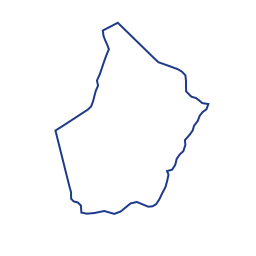 outline of Amparo, Paraíba, Brazil, rotated 200°
{"feature_id": "56859067B25087670535038", "entity_name": "Amparo", "entity_type": "district", "adm_level": 2, "iso_a3": "BRA", "parent_name": "Brazil", "parent_adm1": "Paraíba", "projection": "equal_earth", "projection_center": [-37.05, -7.562], "detail": "fine", "context": "isolated", "style": "outline", "palette": "blue", "viewbox_px": 256, "rotation_deg": 200, "n_neighbors": 0, "source": "geoboundaries", "source_scale": "gbopen_adm2", "svg_char_len": 960}
<svg xmlns="http://www.w3.org/2000/svg" viewBox="0 0 256 256"><g transform="rotate(200 128 128)"><path d="M87.8,187.1L89.4,191.6L92.1,197.2L96.7,199.4L101.4,200.3L107.6,200.3L121.9,200.2L127.3,202.5L173.6,223.4L185.0,211.0L182.6,206.3L179.8,203.0L176.3,199.4L172.9,195.5L173.2,189.7L173.2,182.5L173.0,174.2L172.9,168.6L173.4,162.0L170.6,157.5L171.0,152.2L170.6,147.5L170.0,141.4L170.0,135.8L172.0,131.6L191.1,106.2L195.3,100.8L163.3,53.4L159.6,48.2L157.2,42.0L153.8,40.4L149.8,40.9L145.7,39.0L142.9,32.6L137.4,33.4L130.9,36.4L121.9,41.9L111.5,42.6L106.2,47.2L99.8,58.0L94.4,61.5L82.0,61.0L78.0,62.9L75.5,66.1L74.2,71.6L73.5,78.6L72.6,85.2L73.1,91.8L74.0,98.0L76.6,100.9L72.3,103.9L71.0,109.5L71.7,115.8L70.2,121.2L68.1,125.0L68.3,131.8L70.4,136.1L67.8,142.6L66.4,147.7L66.7,152.6L64.9,158.5L64.8,164.1L63.3,168.6L60.7,172.3L60.7,178.0L66.7,176.8L70.9,178.3L74.2,179.4L79.1,179.1L85.8,182.2L87.8,187.1Z" fill="none" stroke="#1e3a8a" stroke-width="2"/></g></svg>